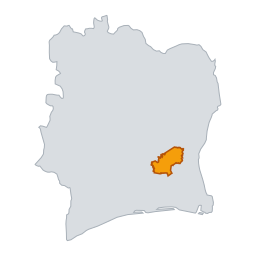 Moronou, N'zi-Comoé, Ivory Coast shown in context
{"feature_id": "98640826B53162767921513", "entity_name": "Moronou", "entity_type": "district", "adm_level": 2, "iso_a3": "CIV", "parent_name": "Ivory Coast", "parent_adm1": "N'zi-Comoé", "projection": "natural_earth1", "projection_center": [-4.266, 6.594], "detail": "fine", "context": "in_parent", "style": "filled", "palette": "amber", "viewbox_px": 256, "rotation_deg": 0, "n_neighbors": 0, "source": "geoboundaries", "source_scale": "gbopen_adm2", "svg_char_len": 7818}
<svg xmlns="http://www.w3.org/2000/svg" viewBox="0 0 256 256"><path d="M54.1,35.2L55.0,35.2L57.4,34.4L59.5,32.6L61.5,28.9L64.2,25.9L67.2,26.1L68.1,25.5L69.1,25.4L70.4,27.4L71.6,28.9L72.5,28.9L73.2,31.8L78.7,33.0L81.0,33.8L83.0,35.9L83.7,35.9L84.5,35.5L85.2,34.7L85.3,33.9L84.5,32.1L84.9,30.4L85.7,28.9L87.2,28.8L89.3,28.3L91.7,28.3L93.6,28.6L94.3,27.1L93.6,22.9L93.8,20.5L94.1,18.6L94.8,17.8L97.5,20.2L100.0,21.1L101.8,21.2L102.3,20.7L101.5,18.0L101.7,17.2L102.4,16.7L103.5,16.5L106.7,15.4L107.0,15.6L107.6,19.8L107.3,21.2L108.0,24.1L108.8,26.8L108.8,27.9L108.1,29.6L107.3,31.1L107.4,31.7L108.6,32.8L111.1,33.8L113.6,34.1L115.0,32.5L116.4,31.2L117.4,30.1L117.8,28.4L119.4,27.2L123.9,25.6L128.1,25.4L129.1,25.9L131.0,28.3L133.4,29.9L137.0,29.7L139.7,30.6L142.0,32.4L143.5,36.4L145.2,39.3L145.9,43.4L148.6,45.6L150.6,46.6L153.4,49.6L156.4,51.1L159.4,50.8L160.8,52.3L163.0,53.4L165.3,53.5L167.3,50.1L169.9,48.7L176.5,45.9L179.1,44.7L181.8,43.9L188.1,43.6L194.0,44.5L197.0,45.1L199.0,44.7L200.9,46.3L202.9,49.7L204.5,50.8L206.1,52.0L207.4,54.7L208.8,57.4L209.6,58.6L211.4,61.3L212.9,61.3L214.4,60.2L215.0,59.3L215.3,61.1L214.8,63.9L214.9,65.7L215.7,66.3L215.3,68.6L213.5,72.5L213.5,74.7L215.2,75.5L216.5,77.9L217.2,82.0L218.0,83.4L218.1,84.2L219.3,94.3L220.9,104.3L219.9,105.6L218.5,106.0L217.7,106.5L217.4,107.4L218.0,108.8L217.6,110.0L215.9,110.9L212.2,114.1L212.0,115.4L211.0,118.1L210.2,119.8L209.0,122.8L207.1,131.0L206.4,137.7L206.3,139.8L205.6,141.3L204.7,143.3L200.7,149.1L198.7,153.9L199.0,155.9L199.1,158.0L198.4,159.5L198.6,163.5L199.1,166.8L199.8,170.1L202.7,179.4L204.2,185.0L205.1,189.5L206.0,192.6L206.7,193.8L207.1,195.0L211.4,195.8L212.2,196.5L213.4,202.4L213.2,205.1L212.3,206.1L212.4,208.4L212.2,211.2L211.5,212.3L209.1,212.5L207.5,213.5L205.3,213.1L205.1,212.4L204.0,212.1L200.8,210.5L201.3,205.4L199.8,205.2L198.7,205.9L196.4,212.0L195.3,213.1L179.4,209.9L175.9,207.4L171.8,206.8L164.5,207.1L158.6,207.8L156.8,209.4L171.9,208.5L173.5,208.7L174.3,209.6L155.2,211.6L148.0,212.8L145.8,212.5L144.2,210.5L136.3,210.3L134.7,210.9L133.7,212.4L136.8,212.1L141.7,212.0L143.0,213.1L127.7,214.6L117.0,217.3L112.5,219.4L97.7,226.1L88.6,229.3L86.3,230.5L82.1,233.8L76.8,235.9L70.9,239.8L67.3,240.6L66.5,239.4L66.4,232.8L65.9,224.0L66.1,220.7L66.6,217.5L66.6,214.9L68.4,213.9L68.9,212.8L69.1,209.4L70.8,206.3L70.9,200.8L71.4,199.7L71.7,198.3L71.0,194.7L70.1,188.0L69.6,187.6L69.2,187.8L68.3,188.0L64.6,185.6L61.7,185.2L59.7,183.3L59.6,181.0L58.6,179.7L57.9,177.1L56.9,174.1L54.1,172.3L51.4,171.8L49.5,172.2L47.3,172.1L44.8,171.1L43.0,170.0L41.3,167.8L39.8,166.0L38.6,166.3L37.1,165.8L35.6,165.0L35.1,164.4L41.3,157.5L43.4,154.1L43.6,152.0L43.7,149.9L44.3,147.7L44.5,144.4L41.1,132.5L40.3,128.8L39.4,127.7L38.8,127.3L40.5,125.8L42.9,126.2L46.5,127.4L47.3,126.2L50.1,120.2L50.0,117.9L49.8,116.4L51.4,112.2L52.7,110.6L53.3,108.9L53.1,106.6L52.2,105.7L50.9,105.9L49.4,105.3L47.0,103.9L45.9,102.7L46.2,97.3L46.5,95.6L47.3,94.6L48.6,94.3L52.2,94.2L55.1,94.8L57.7,95.2L59.0,95.2L60.1,96.8L61.6,98.4L62.9,98.4L63.4,97.2L63.1,91.8L62.2,89.0L60.3,86.2L55.2,83.9L55.1,80.6L55.6,77.1L56.7,75.7L60.5,73.5L59.8,72.3L58.6,71.0L56.2,69.7L56.8,65.4L56.9,61.6L54.9,62.1L52.8,62.3L51.1,61.1L49.6,58.8L49.3,52.5L49.4,45.2L49.1,41.9L49.7,40.2L51.5,38.6L53.4,36.5L54.1,35.2ZM203.3,213.2L202.4,214.6L198.4,213.7L199.4,212.5L203.3,213.2Z" fill="#d9dde1" stroke="#a8b0b8" stroke-width="1"/><path d="M171.9,173.2L170.5,170.5L171.2,165.7L172.6,165.0L173.0,165.4L173.3,164.9L173.6,164.6L174.6,163.9L175.5,163.3L175.9,162.8L176.1,162.7L176.5,162.9L176.6,163.2L176.7,163.3L177.0,163.3L177.4,163.2L177.8,163.1L178.0,163.0L178.3,162.9L178.5,162.9L178.6,163.2L178.8,163.3L179.0,163.5L179.4,163.4L180.0,163.5L180.1,163.4L180.3,163.0L180.4,162.9L180.5,162.4L180.9,162.0L181.1,161.9L181.3,161.8L181.5,161.7L181.7,161.4L182.0,161.0L182.1,160.9L182.3,160.8L182.4,160.6L182.2,160.4L182.1,160.2L182.3,159.8L182.2,159.6L181.9,159.3L181.9,159.1L181.8,158.9L181.6,158.8L181.5,158.7L181.4,158.6L181.5,158.4L181.9,158.2L182.1,157.8L182.3,157.7L182.5,157.7L182.2,157.1L182.3,157.0L182.2,156.9L181.9,156.7L181.7,156.3L181.8,156.2L181.7,156.1L181.7,155.9L181.5,155.7L181.5,155.4L181.8,155.2L182.0,155.1L182.4,155.0L182.6,155.1L182.7,154.8L182.6,154.4L182.6,154.1L182.8,153.8L182.9,153.6L183.0,153.5L183.0,153.3L182.9,153.1L182.7,153.0L182.4,152.7L182.1,152.2L182.1,151.9L182.2,151.7L182.4,151.4L182.7,151.0L183.0,150.5L183.1,150.4L183.3,150.3L183.4,150.0L183.4,149.8L183.3,149.3L183.1,149.1L183.1,148.9L183.3,148.7L183.2,148.6L182.9,148.6L182.6,149.0L182.6,149.3L182.5,149.5L182.3,149.6L182.1,149.6L182.0,149.3L181.9,149.2L181.9,148.8L181.7,148.7L181.4,148.7L181.2,148.6L181.0,148.4L180.7,148.3L180.4,148.2L180.4,147.9L180.3,147.7L180.0,147.5L179.6,147.4L179.4,147.5L179.2,147.6L178.9,147.6L178.7,147.4L178.1,147.5L178.0,147.8L177.9,147.9L177.7,147.9L177.4,147.7L177.1,147.5L176.8,147.5L176.5,147.3L176.2,147.3L176.0,147.5L175.7,147.4L175.3,147.2L175.0,147.2L174.8,147.0L174.6,147.0L174.3,147.1L165.1,153.0L165.3,153.1L165.4,153.4L165.4,153.5L165.2,153.7L165.1,153.8L165.0,154.0L164.9,154.0L164.8,154.3L164.7,154.2L164.2,154.0L163.9,154.4L163.9,154.5L163.5,154.3L163.4,154.0L163.2,154.0L163.1,153.9L162.9,154.0L162.7,154.0L162.4,153.9L162.3,154.0L162.3,154.3L162.4,154.1L162.4,154.3L162.3,154.5L162.2,154.6L162.2,154.8L162.3,155.0L162.2,155.1L161.8,155.1L161.6,155.0L161.4,155.2L161.2,155.0L161.0,154.7L160.9,154.8L160.9,155.0L160.9,155.3L161.0,155.4L161.2,155.5L161.3,155.7L161.8,155.7L162.1,155.7L162.1,155.8L162.3,155.8L162.4,156.1L162.2,156.1L161.9,156.1L161.9,156.4L162.1,156.6L162.1,156.8L162.0,156.7L161.8,156.5L161.7,156.4L161.5,156.2L161.4,156.2L161.2,156.4L161.2,156.5L161.2,156.9L161.1,157.1L160.9,157.2L160.7,157.1L160.8,157.0L160.7,156.9L160.5,157.0L160.6,157.4L160.6,157.7L160.6,157.9L160.5,158.1L160.4,158.1L160.2,158.0L160.2,157.8L160.2,157.7L160.1,157.4L159.9,157.1L159.7,157.3L159.6,157.6L159.4,157.7L159.2,157.6L159.1,157.3L158.8,157.1L158.7,157.0L158.6,156.9L158.3,156.8L158.1,156.9L158.1,157.0L158.3,157.3L158.5,157.6L158.7,157.9L158.9,158.1L158.9,158.4L158.9,158.6L158.8,158.8L158.6,159.1L158.5,159.4L158.6,159.9L158.6,160.0L158.8,160.2L158.8,160.3L158.4,160.7L158.4,160.9L158.3,161.0L158.5,161.4L158.6,161.8L158.3,162.2L157.6,162.5L157.3,162.5L157.1,162.4L156.9,162.3L156.7,161.9L156.4,161.8L156.2,161.6L155.9,161.5L155.6,161.1L155.1,160.9L154.5,161.3L153.9,161.5L153.3,161.6L152.3,162.0L152.2,162.0L152.4,162.4L152.5,162.5L152.4,162.8L151.9,162.8L151.7,162.8L151.6,162.7L151.5,162.9L151.6,163.3L151.8,163.5L151.6,163.9L151.5,164.1L151.3,164.3L151.4,164.5L151.5,164.6L151.5,164.8L151.3,164.9L151.3,165.1L151.7,165.2L151.9,165.2L152.0,165.0L152.3,164.9L152.6,165.3L152.8,165.4L152.9,165.5L153.1,165.6L153.1,165.9L153.2,166.1L152.9,166.2L152.8,166.3L152.7,166.7L152.7,166.8L152.8,166.8L153.0,166.8L153.5,166.9L153.6,167.0L153.4,167.3L153.2,167.4L153.2,167.6L153.4,167.7L153.7,167.8L154.0,167.8L154.2,168.1L153.9,168.2L153.7,168.1L153.5,168.4L153.6,168.5L154.0,168.5L154.2,168.8L153.9,169.0L153.8,169.4L153.8,169.5L153.6,169.6L153.6,169.8L153.6,170.0L153.9,170.0L154.0,170.1L153.9,170.4L153.8,170.5L153.6,170.5L153.4,170.6L153.3,170.9L153.4,171.0L153.6,171.1L153.4,171.2L153.2,171.2L153.2,171.3L153.3,171.5L153.6,171.6L153.8,171.6L154.0,171.7L154.2,171.9L154.3,172.0L154.5,172.3L154.6,172.6L154.5,172.8L160.2,173.8L160.3,173.6L160.7,173.0L160.9,173.0L161.1,172.9L161.3,173.2L161.4,173.4L161.5,173.5L161.8,173.4L162.0,173.3L162.7,173.0L162.9,173.1L163.2,173.2L163.5,173.0L163.8,173.1L164.3,173.1L164.5,173.1L164.8,172.9L165.3,173.0L165.8,172.9L165.9,173.0L166.2,172.9L166.4,173.0L166.8,173.1L167.0,173.0L167.3,173.3L167.2,173.6L167.4,173.8L167.4,174.1L167.5,174.2L167.6,174.3L167.7,174.6L167.8,174.9L167.9,175.0L167.9,175.4L168.2,175.7L168.2,175.8L170.5,174.2L171.6,173.3L171.9,173.2Z" fill="#f59e0b" stroke="#b45309" stroke-width="1.5"/></svg>